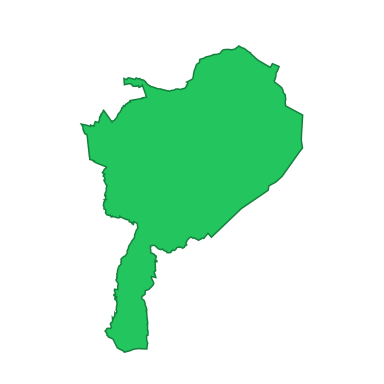 Atlautla, México, Mexico, rotated 339°
{"feature_id": "50627088B45951855748023", "entity_name": "Atlautla", "entity_type": "district", "adm_level": 2, "iso_a3": "MEX", "parent_name": "Mexico", "parent_adm1": "México", "projection": "equal_earth", "projection_center": [-98.761, 19.016], "detail": "fine", "context": "isolated", "style": "filled", "palette": "green", "viewbox_px": 384, "rotation_deg": 339, "n_neighbors": 0, "source": "geoboundaries", "source_scale": "gbopen_adm2", "svg_char_len": 5873}
<svg xmlns="http://www.w3.org/2000/svg" viewBox="0 0 384 384"><g transform="rotate(339 192 192)"><path d="M108.8,122.6L109.0,122.7L108.2,125.0L110.6,126.7L111.5,127.6L111.0,128.1L111.6,128.7L111.9,128.5L112.6,130.1L121.2,138.1L121.0,138.4L120.1,139.0L118.4,139.3L116.5,141.1L115.3,141.7L115.4,142.3L117.0,144.0L116.8,144.5L116.4,144.3L115.5,144.5L114.8,145.2L115.5,146.7L115.7,147.6L115.1,149.3L114.8,149.5L114.3,149.2L114.2,150.2L113.9,150.3L114.2,151.3L114.4,154.3L115.0,155.0L113.1,158.3L112.2,160.4L110.8,161.7L109.6,163.4L109.3,163.9L110.2,164.5L109.5,165.0L109.3,166.8L108.8,167.5L107.7,167.7L108.7,168.3L107.9,168.4L107.3,169.1L107.2,169.0L106.7,169.9L106.2,169.8L104.4,172.8L104.6,174.5L104.0,175.5L103.8,176.5L105.0,177.4L105.0,178.1L103.8,180.4L104.0,180.8L103.9,181.2L104.5,183.0L104.8,182.9L106.9,184.6L107.4,184.4L107.4,185.9L108.2,186.7L109.0,186.1L109.1,186.5L110.9,187.5L112.8,189.1L114.4,190.0L115.1,189.9L116.0,188.8L116.7,190.2L119.7,192.9L119.6,193.0L121.1,194.4L121.3,194.2L123.4,195.8L122.7,197.2L124.4,198.7L124.7,200.0L125.2,199.3L125.8,201.1L127.3,199.0L129.5,201.6L129.5,202.4L128.3,206.5L126.5,207.6L123.3,211.2L121.7,214.2L118.4,216.1L116.3,218.0L113.5,219.9L111.9,222.5L110.8,223.1L110.2,224.1L109.6,225.9L106.3,228.0L105.6,227.7L105.1,227.8L101.9,229.0L101.4,229.9L101.2,231.6L100.4,232.0L100.1,233.9L96.9,235.3L94.4,238.5L93.2,241.0L92.6,241.4L92.1,242.1L92.2,243.2L91.8,244.2L91.2,244.3L90.9,246.0L89.8,246.4L89.5,247.7L90.4,250.8L89.6,252.6L89.1,252.9L87.6,256.6L84.9,255.0L84.1,256.4L84.3,258.7L84.0,260.1L83.7,260.1L83.0,259.6L82.6,259.6L82.1,260.1L82.0,260.9L84.1,262.6L84.2,263.1L83.9,263.6L83.2,263.8L82.5,262.9L81.7,263.6L81.6,264.3L81.8,265.1L82.2,265.7L82.7,265.7L82.8,266.5L82.5,267.0L82.2,268.8L81.5,270.5L80.3,272.1L79.6,273.9L78.9,274.8L79.0,276.2L78.5,277.4L77.9,277.6L77.5,278.1L76.9,278.1L76.7,277.4L76.3,278.6L76.0,278.6L75.2,280.3L74.8,280.8L74.4,280.7L74.1,280.9L73.0,282.1L72.7,280.8L71.8,283.6L71.0,284.7L68.8,285.3L68.4,286.6L68.4,289.0L67.8,290.0L67.1,290.0L63.9,288.9L62.0,290.3L61.1,290.6L61.1,291.4L61.8,293.0L61.8,293.9L61.3,295.2L62.0,296.6L62.0,297.4L65.5,300.9L66.4,310.5L67.7,312.3L70.8,315.6L71.4,317.3L77.7,318.0L80.9,317.8L85.9,319.0L93.6,322.4L94.4,320.6L96.5,317.0L96.5,315.3L96.9,313.1L98.2,309.8L99.6,309.9L99.9,309.2L101.2,305.8L100.9,305.3L102.9,300.0L102.6,299.3L103.5,299.0L104.0,297.5L105.2,292.5L106.9,286.9L106.6,286.5L107.3,285.7L107.6,285.8L107.9,283.3L107.8,280.9L108.4,278.3L108.4,276.4L108.2,275.6L107.0,274.0L107.0,273.0L107.3,272.2L108.5,271.4L109.9,271.2L111.6,270.5L113.0,267.4L113.6,267.3L116.8,267.5L121.6,265.3L123.1,264.3L123.8,262.8L123.3,258.6L123.5,256.6L124.0,256.4L127.6,258.9L128.0,253.2L128.6,252.5L129.5,252.7L129.9,252.4L130.2,250.8L131.4,247.7L131.6,246.6L132.4,244.2L134.3,244.5L134.5,243.5L132.7,243.1L133.1,242.5L133.3,242.6L135.4,239.6L135.5,239.2L135.2,239.0L135.4,238.7L134.4,237.6L134.6,236.9L134.3,236.5L133.2,235.5L132.8,234.7L131.6,234.1L132.6,231.7L133.0,229.4L133.7,228.7L133.9,227.5L136.5,227.9L138.3,228.7L138.9,230.3L139.3,230.7L139.6,231.9L139.9,232.1L140.6,233.3L141.8,234.4L143.3,234.8L143.9,234.6L144.3,234.8L144.5,236.1L147.1,238.9L147.0,239.8L149.5,240.7L150.5,240.8L153.1,239.2L154.4,240.2L155.6,240.0L156.9,239.4L157.9,238.5L158.9,238.3L160.2,239.1L161.6,239.1L162.4,240.4L163.3,241.1L164.9,240.9L166.3,239.7L168.1,239.5L167.9,237.3L169.4,236.4L170.2,235.3L172.5,234.2L174.4,233.6L175.0,233.8L176.2,235.3L177.7,235.8L180.9,239.5L182.0,239.2L183.5,239.2L184.6,238.7L184.9,238.7L186.0,239.5L186.5,239.5L192.1,236.3L193.9,241.2L232.0,225.2L263.7,217.7L266.0,213.8L273.7,212.8L281.7,209.7L306.3,193.3L310.9,190.6L312.5,183.2L314.5,178.3L322.9,159.8L310.3,145.2L310.6,144.4L310.7,143.1L311.2,141.6L312.5,139.2L312.8,139.1L313.1,137.1L313.6,135.9L313.9,134.5L312.9,132.3L313.4,128.8L313.1,127.5L313.2,126.7L308.4,118.7L308.6,117.7L309.6,117.0L309.8,116.3L310.3,116.1L312.0,113.7L312.8,111.5L313.9,110.4L314.5,110.2L318.3,106.1L313.1,101.0L309.7,103.7L300.6,92.3L296.1,83.2L296.4,83.0L295.0,81.3L292.2,76.7L290.2,75.1L288.0,72.4L287.2,72.9L285.1,73.3L284.1,73.8L282.9,73.9L280.4,73.5L278.5,72.8L277.2,71.9L272.6,70.5L271.0,70.7L268.2,72.4L267.3,72.7L264.1,72.3L261.7,71.4L258.6,71.6L253.0,70.9L251.7,71.3L246.7,71.0L245.4,73.7L244.9,74.1L244.1,74.0L242.7,74.3L241.4,75.1L239.6,77.4L237.5,79.6L235.6,82.6L234.5,84.8L233.3,86.4L231.8,86.9L226.4,87.5L227.1,88.4L226.7,89.6L225.0,90.4L225.0,91.2L222.6,92.5L221.6,92.5L220.2,92.1L218.5,92.3L217.5,91.9L216.2,91.0L214.0,90.1L211.4,90.4L208.9,89.7L206.8,89.9L206.2,89.0L205.2,88.7L204.0,87.6L203.1,87.2L201.9,86.2L199.9,85.0L199.8,84.6L197.4,83.6L195.3,81.9L195.0,81.4L194.1,80.9L193.5,80.2L191.4,78.9L191.1,78.0L190.0,77.0L188.6,74.6L188.2,72.7L187.2,70.6L186.0,69.5L184.8,69.0L183.9,67.3L183.2,67.1L182.5,67.2L180.7,65.5L180.3,65.6L179.5,66.4L179.0,66.4L174.8,63.3L173.4,62.6L172.4,62.8L171.5,63.5L171.1,63.6L169.2,61.6L167.3,67.6L171.0,68.1L173.1,68.8L174.3,69.9L174.4,71.4L175.1,72.3L175.5,72.2L176.3,72.8L178.0,73.4L178.3,73.2L179.3,73.6L180.0,73.4L179.9,75.3L181.1,75.4L182.0,75.0L183.2,75.2L183.9,74.5L183.8,82.2L183.5,87.1L179.2,86.3L179.2,86.8L166.9,84.4L166.8,85.8L166.0,85.3L164.9,85.7L163.9,85.8L163.2,86.3L162.5,86.1L160.9,86.8L160.8,87.3L160.2,87.7L159.0,86.8L158.6,87.1L157.9,88.2L157.0,88.1L156.7,88.7L156.2,88.9L155.3,90.1L153.4,91.6L151.6,92.4L150.4,93.3L148.6,95.4L145.0,97.3L143.4,97.3L142.7,97.5L142.4,97.9L138.9,84.4L138.7,84.0L138.1,84.3L137.7,85.2L136.7,86.0L136.0,86.2L135.7,86.7L134.8,86.8L134.6,87.4L134.2,87.8L134.1,88.4L133.5,88.3L133.0,89.0L132.6,89.0L131.3,91.6L129.6,93.7L126.9,91.6L124.4,94.6L124.2,95.3L123.7,95.2L121.4,93.2L120.8,94.5L118.8,92.9L118.3,92.7L117.8,92.0L112.9,88.9L113.5,91.8L113.3,92.8L112.7,94.3L112.9,94.8L112.6,96.3L113.0,96.6L112.6,98.8L113.5,99.5L113.6,100.1L114.1,100.3L114.5,101.1L108.8,122.6Z" fill="#22c55e" stroke="#15803d" stroke-width="1.5"/></g></svg>